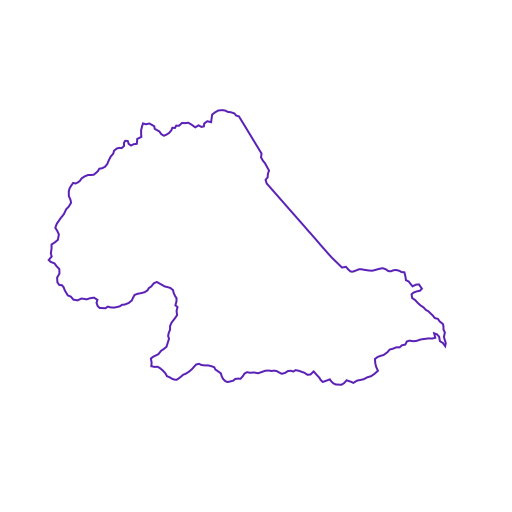 outline of Nova Friburgo, Rio de Janeiro, Brazil, rotated 11°
{"feature_id": "56859067B93377286663386", "entity_name": "Nova Friburgo", "entity_type": "district", "adm_level": 2, "iso_a3": "BRA", "parent_name": "Brazil", "parent_adm1": "Rio de Janeiro", "projection": "robinson", "projection_center": [-42.493, -22.307], "detail": "fine", "context": "isolated", "style": "outline", "palette": "violet", "viewbox_px": 512, "rotation_deg": 11, "n_neighbors": 0, "source": "geoboundaries", "source_scale": "gbopen_adm2", "svg_char_len": 4458}
<svg xmlns="http://www.w3.org/2000/svg" viewBox="0 0 512 512"><g transform="rotate(11 256 256)"><path d="M212.6,122.2L209.6,121.9L207.7,120.2L204.3,119.7L200.8,119.9L197.9,119.1L194.8,119.3L191.2,120.4L188.7,122.5L186.0,125.5L186.2,129.9L186.4,133.2L182.5,133.0L179.9,135.8L180.1,138.7L177.8,139.7L174.7,138.7L171.8,141.3L167.8,139.4L164.1,138.1L161.5,139.0L157.9,139.6L155.6,142.8L152.8,143.3L152.0,145.8L149.4,146.1L148.9,148.8L147.2,151.8L144.9,154.0L142.7,155.5L139.8,154.5L137.4,152.2L135.0,151.4L132.3,150.5L131.4,148.1L129.2,147.3L126.1,146.3L122.7,147.7L119.8,147.4L119.4,150.5L119.2,154.2L119.8,157.4L120.7,161.0L117.1,163.7L117.6,168.6L114.4,169.7L112.2,171.4L109.7,170.3L108.2,167.6L105.6,167.9L104.8,170.3L105.5,173.1L103.6,175.7L101.1,176.0L98.9,177.0L96.6,179.7L96.3,182.9L94.5,185.9L93.3,189.9L92.4,194.2L90.7,197.3L88.1,199.3L85.5,200.2L84.7,202.7L83.1,204.9L81.3,207.1L79.0,207.9L75.7,208.5L72.4,210.7L70.0,213.1L68.8,215.8L67.2,217.7L64.9,219.3L62.6,219.1L61.1,222.4L60.1,225.2L59.9,228.5L60.9,233.0L63.2,236.3L64.3,239.0L62.8,243.2L60.8,246.3L60.1,248.8L59.5,251.3L58.3,253.8L57.1,255.9L55.8,259.0L54.3,262.3L53.6,266.6L56.3,269.5L58.4,272.5L58.4,278.0L55.6,281.4L53.1,283.7L53.9,287.9L54.1,292.5L55.5,295.5L53.3,299.5L55.4,300.9L59.6,301.7L62.2,304.1L65.4,306.3L66.4,310.7L64.9,315.2L66.1,319.8L68.5,322.0L71.1,321.7L73.2,323.5L74.7,326.0L76.9,328.5L78.8,330.6L82.0,331.2L85.1,333.7L89.3,333.6L92.7,331.1L95.3,330.9L98.0,330.9L101.0,329.2L104.9,327.8L108.7,329.3L108.4,332.4L110.1,335.3L112.3,336.8L114.8,336.5L118.2,336.0L120.1,334.0L123.1,334.2L126.7,333.7L129.7,332.4L131.9,331.4L133.8,329.5L136.6,328.6L139.9,326.5L142.6,323.3L143.2,320.6L144.2,317.5L146.5,315.9L150.0,314.5L153.6,312.8L156.0,310.5L156.9,308.0L158.9,306.0L161.0,302.2L163.7,300.4L166.4,301.4L169.6,302.4L172.1,303.3L174.9,303.4L178.0,303.7L181.1,305.4L182.3,308.1L184.2,310.7L186.0,312.5L186.6,315.7L186.3,319.8L188.7,321.1L188.5,325.0L189.8,329.2L188.2,332.8L185.9,337.3L185.0,341.1L185.7,344.7L185.0,348.2L185.0,351.2L186.4,353.9L185.8,359.0L185.5,362.1L183.2,364.9L180.9,367.2L178.9,371.0L176.3,373.0L174.3,374.5L172.4,376.6L173.9,380.8L174.3,384.2L177.8,384.2L180.6,383.5L183.1,384.4L186.1,386.0L189.4,388.4L191.6,391.0L194.3,391.5L196.9,392.5L199.3,392.9L201.6,392.7L203.5,390.9L205.5,388.6L207.2,386.4L209.5,385.0L212.3,382.3L214.8,379.2L216.4,376.4L218.0,373.9L220.6,372.7L223.0,373.4L226.4,373.2L229.9,372.5L233.5,372.7L236.3,373.2L237.8,375.2L240.6,376.4L243.9,377.9L245.4,380.8L247.2,383.0L249.6,384.6L251.9,385.2L254.6,384.1L257.6,382.6L259.0,380.7L261.7,379.8L264.2,379.5L265.9,376.7L267.2,373.5L269.5,371.7L272.3,371.8L276.4,370.7L280.4,370.7L283.4,369.0L286.9,366.9L290.4,366.0L293.2,365.9L295.6,365.1L298.2,365.0L301.5,366.1L303.8,366.7L306.7,365.3L309.2,362.9L312.1,362.0L314.7,362.3L316.6,360.5L319.7,360.5L322.6,360.9L325.9,361.4L329.2,362.8L332.1,361.9L334.6,358.3L338.1,361.0L341.4,363.4L343.2,365.4L345.6,366.9L349.3,364.7L352.0,363.0L353.8,364.7L356.1,366.2L358.8,366.9L361.5,366.5L364.4,366.1L366.7,364.0L368.7,360.7L371.3,361.1L373.6,361.4L375.8,362.0L379.0,359.0L382.3,357.7L385.4,356.3L388.6,353.7L391.8,352.1L394.7,349.2L397.6,345.4L395.0,341.7L393.5,338.4L392.4,334.4L394.8,331.8L397.3,330.3L400.3,328.7L403.4,325.3L405.1,322.3L407.9,321.0L411.3,318.8L414.4,318.3L416.4,315.7L419.4,314.5L420.4,311.1L422.8,309.8L426.3,309.7L429.6,308.8L433.6,306.5L436.5,305.5L441.0,304.0L444.7,303.4L447.6,302.1L445.6,297.9L448.6,298.4L451.1,300.2L452.8,304.5L456.0,305.7L458.9,308.4L458.9,305.3L457.3,302.4L455.9,299.5L456.0,295.1L454.0,292.2L453.5,289.6L452.6,287.2L448.8,285.2L446.5,283.0L443.3,282.8L440.8,280.6L437.9,278.8L435.8,277.4L433.0,276.5L430.3,274.5L427.1,273.2L423.9,271.3L420.8,269.0L417.3,267.4L416.0,263.9L417.6,261.9L420.3,260.2L423.6,258.8L425.1,256.4L423.1,254.5L421.4,252.8L418.5,253.6L415.5,255.9L413.1,254.0L410.8,251.9L407.8,251.1L406.7,247.9L404.8,243.7L401.8,244.0L399.6,243.2L396.5,243.0L394.0,243.6L391.2,245.3L388.8,245.6L386.1,244.3L382.6,243.8L378.8,245.4L375.6,247.0L372.9,248.3L369.6,248.7L365.3,248.9L362.0,248.9L359.6,249.4L357.3,250.9L354.3,252.8L351.9,253.2L349.4,251.8L346.4,249.5L342.6,250.9L330.7,243.1L326.8,240.2L317.2,232.8L313.2,229.6L305.0,223.2L302.9,221.7L298.4,218.1L279.2,203.3L268.1,194.7L252.6,182.7L250.9,179.4L252.4,176.6L252.0,172.9L252.5,169.7L250.2,166.9L247.1,163.2L244.5,161.0L242.1,158.2L241.9,154.4L221.3,131.7L216.0,125.9L212.6,122.2Z" fill="none" stroke="#5b21b6" stroke-width="2"/></g></svg>